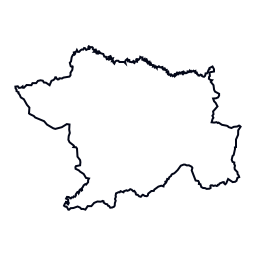 Ango, Orientale, Democratic Republic of the Congo
{"feature_id": "63176286B24678106401017", "entity_name": "Ango", "entity_type": "district", "adm_level": 2, "iso_a3": "COD", "parent_name": "Democratic Republic of the Congo", "parent_adm1": "Orientale", "projection": "orthographic", "projection_center": [26.048, 4.445], "detail": "fine", "context": "isolated", "style": "outline", "palette": "ink", "viewbox_px": 256, "rotation_deg": 0, "n_neighbors": 0, "source": "geoboundaries", "source_scale": "gbopen_adm2", "svg_char_len": 5690}
<svg xmlns="http://www.w3.org/2000/svg" viewBox="0 0 256 256"><path d="M212.5,66.5L209.4,68.1L209.2,68.7L209.5,69.2L208.6,69.9L207.4,72.8L206.9,73.4L205.6,73.4L205.1,75.8L204.0,76.8L202.6,76.4L201.9,75.9L201.7,75.0L200.5,74.6L199.6,75.6L198.4,75.5L198.1,74.7L197.2,74.3L197.1,73.5L196.3,73.2L196.8,72.7L196.6,72.3L195.2,72.3L195.3,70.9L193.7,71.3L193.4,70.8L191.9,71.6L191.3,71.1L190.9,71.8L190.0,70.9L189.9,71.7L188.8,72.1L188.3,72.2L188.1,71.4L187.5,71.4L187.4,72.5L186.5,73.1L185.2,73.2L184.8,72.4L184.0,72.1L183.7,72.7L182.8,72.8L183.3,73.8L182.9,74.3L182.3,73.9L182.3,72.9L181.7,72.8L182.1,72.1L180.6,72.7L180.1,73.4L179.5,72.6L179.0,73.1L178.3,72.8L178.2,74.3L177.3,74.3L176.7,73.2L176.1,74.2L176.5,74.7L175.3,75.8L175.4,73.9L174.7,74.0L174.1,76.0L173.1,75.4L172.6,76.0L171.7,75.0L170.7,75.8L170.3,75.3L170.4,74.5L169.9,74.7L169.2,74.3L168.6,74.7L167.9,74.1L167.7,73.5L168.5,73.1L168.2,71.5L166.6,71.9L166.7,69.9L165.2,70.0L165.1,69.2L164.1,69.1L164.3,68.3L163.6,68.3L163.1,69.3L162.3,68.3L162.3,67.0L160.2,67.4L158.9,66.3L158.1,67.0L156.9,66.9L156.8,68.0L155.8,66.5L155.3,67.5L154.7,67.6L154.0,65.8L153.0,66.3L153.2,65.1L150.5,64.9L151.0,63.7L150.5,62.6L149.8,62.8L149.5,63.9L148.6,62.6L149.0,61.7L147.8,61.8L147.6,63.0L146.6,61.7L147.4,61.2L146.5,59.2L145.8,59.5L145.0,60.9L144.5,60.7L145.1,60.1L144.7,58.8L143.1,59.9L142.3,59.7L142.4,57.4L141.2,57.4L140.3,56.9L140.1,58.0L138.6,59.8L137.4,59.1L136.5,59.1L136.3,59.5L137.2,60.2L137.1,61.7L135.1,61.3L134.4,63.0L133.2,62.3L133.1,61.3L131.8,62.2L129.4,61.7L129.3,60.0L128.6,59.8L127.8,60.7L127.2,59.0L125.6,60.4L125.1,62.1L125.4,63.2L124.2,62.0L119.4,62.0L118.4,60.8L116.5,60.7L115.3,61.4L114.3,63.6L113.3,62.5L113.0,60.9L112.0,61.1L112.9,58.4L110.3,59.2L111.3,57.8L110.5,56.1L108.6,56.9L109.9,57.3L109.7,58.0L108.7,58.8L106.8,59.2L106.0,56.8L104.3,56.6L103.3,54.0L100.8,53.3L100.3,52.7L99.1,53.2L99.3,51.9L99.0,51.3L97.8,51.4L97.1,52.3L97.3,53.5L96.5,53.4L95.9,51.9L94.0,51.8L95.0,50.8L96.0,50.5L95.8,49.6L93.6,49.8L92.8,49.0L92.8,47.7L92.3,47.2L90.0,47.1L88.8,46.3L88.3,47.1L89.6,48.7L89.3,49.0L87.7,49.1L86.2,49.9L85.0,48.2L84.1,48.0L83.2,49.6L81.8,49.5L80.6,50.2L79.1,51.9L77.9,51.9L76.9,50.0L76.1,51.8L73.8,52.4L73.9,53.3L75.0,53.0L75.2,53.7L74.4,54.8L72.9,54.9L71.7,57.2L71.0,61.5L69.8,62.8L70.7,66.2L71.5,66.7L72.5,66.4L72.7,66.8L72.3,69.9L70.5,72.7L70.5,75.3L69.5,76.6L63.4,77.6L62.0,78.5L59.4,78.3L58.8,79.3L57.8,79.5L56.4,78.4L56.1,77.4L55.3,77.3L54.7,78.8L53.5,80.0L51.5,80.8L49.6,85.2L46.0,82.7L43.9,82.5L42.8,80.7L40.5,80.3L37.9,80.9L36.2,83.1L32.5,83.1L31.4,85.2L26.6,85.0L23.9,87.8L22.9,87.7L22.6,86.4L21.1,87.6L19.0,87.9L17.8,86.3L15.4,86.6L15.6,88.5L16.5,89.5L16.5,91.1L18.6,92.3L18.4,93.3L19.6,94.6L20.8,97.4L23.8,99.2L27.0,104.9L29.4,107.6L29.0,113.4L29.7,114.0L33.8,116.0L35.2,117.5L44.1,121.2L47.0,124.6L53.3,128.3L55.3,128.9L61.8,127.2L66.8,124.1L69.5,124.5L69.2,129.7L69.8,133.0L68.7,136.1L68.4,139.8L69.6,142.3L73.6,145.4L74.1,146.2L73.5,147.1L76.1,147.3L77.0,148.6L77.5,156.7L80.1,160.1L80.4,162.2L80.1,165.3L76.0,166.1L75.4,167.1L75.6,168.8L78.9,170.4L79.9,171.5L83.7,174.0L86.0,177.9L89.0,178.5L88.1,180.2L88.1,182.2L86.1,184.6L85.3,184.1L83.7,185.3L82.6,187.4L81.5,188.6L82.0,189.2L82.1,190.2L81.5,190.6L80.8,189.5L80.3,189.4L79.4,190.4L79.3,192.0L78.7,193.2L78.1,191.8L77.3,192.1L75.7,194.5L75.9,195.4L75.1,196.7L73.7,196.4L73.2,197.4L71.7,197.4L70.8,198.4L68.6,197.0L67.0,196.9L66.1,198.6L68.2,199.5L68.1,201.5L68.8,203.0L68.1,204.3L67.1,203.5L66.5,201.9L66.0,201.9L66.0,202.7L65.0,203.4L64.0,205.7L65.4,206.7L66.6,206.6L68.4,209.7L69.1,209.7L70.6,208.2L73.4,208.0L77.6,206.5L80.1,207.6L81.4,209.0L83.1,208.9L85.4,209.6L87.7,206.1L91.4,206.1L94.1,202.9L97.4,201.5L100.8,201.7L102.8,200.9L103.6,201.3L103.6,202.5L105.5,203.9L107.3,204.3L108.0,205.7L109.2,206.1L110.2,207.7L112.2,207.5L114.0,206.7L114.7,205.7L114.9,203.0L115.7,200.7L115.0,199.0L115.9,196.8L115.6,195.9L116.0,193.4L118.5,192.2L119.7,192.3L120.5,191.2L123.5,192.3L124.0,191.2L126.5,190.3L127.3,190.8L128.9,190.3L130.2,189.2L131.6,189.7L133.3,191.3L134.3,190.9L135.7,192.8L135.7,193.7L136.3,194.7L137.7,194.8L139.1,196.3L140.8,196.8L142.6,194.8L143.3,194.9L144.6,195.9L146.8,196.2L147.8,195.5L148.2,193.6L151.4,191.0L153.8,190.9L154.3,189.6L158.4,186.6L161.3,185.7L163.5,186.4L163.7,185.1L166.0,182.7L165.3,181.8L165.5,181.5L165.9,181.4L165.8,182.1L166.3,181.9L167.7,179.3L167.2,179.1L166.7,179.9L167.2,178.9L168.6,179.0L169.3,177.2L171.0,176.0L171.5,174.7L172.5,173.9L173.6,173.7L175.3,172.4L177.7,170.0L180.8,165.7L183.6,164.6L185.0,164.6L186.8,165.4L188.9,165.3L191.6,166.7L192.4,167.9L191.7,170.4L195.6,180.5L198.3,181.0L199.1,182.5L198.9,184.0L200.4,184.2L201.3,187.0L203.1,188.0L205.0,188.1L206.7,188.9L209.4,188.7L210.6,188.0L210.4,185.8L210.9,185.3L212.2,185.3L213.3,185.9L215.4,185.5L216.8,186.0L217.7,185.6L217.9,184.8L219.1,184.5L219.6,183.5L223.0,182.1L223.8,182.1L224.1,183.3L225.2,184.3L226.2,183.4L228.1,179.0L232.7,182.1L235.1,181.8L236.5,180.8L237.4,177.9L239.2,177.1L238.6,175.4L237.6,174.1L237.4,172.1L234.8,169.4L234.5,167.7L235.0,165.7L234.2,164.0L234.3,162.5L232.6,161.9L231.7,159.8L232.5,156.1L233.7,154.9L235.0,149.0L234.9,147.4L236.0,147.1L236.0,139.5L238.1,134.8L238.2,130.3L240.6,126.7L239.5,125.7L238.7,125.7L237.3,126.5L233.9,126.8L231.4,128.0L228.6,127.1L227.7,126.1L226.6,125.7L221.9,124.8L218.6,122.6L217.8,123.0L216.6,122.2L214.1,122.6L211.6,122.3L212.5,119.1L213.4,117.8L212.4,115.8L213.5,114.2L213.1,111.4L217.5,106.4L215.6,102.8L214.1,101.3L213.1,98.5L216.0,98.3L218.1,97.4L219.1,95.6L219.1,93.8L215.0,91.6L214.1,89.8L213.5,85.2L210.8,81.9L212.1,80.2L210.5,80.0L208.9,78.8L209.1,76.8L209.9,76.0L209.5,72.7L210.2,72.2L214.0,71.5L214.0,69.2L212.5,66.5Z" fill="none" stroke="#020617" stroke-width="2"/></svg>